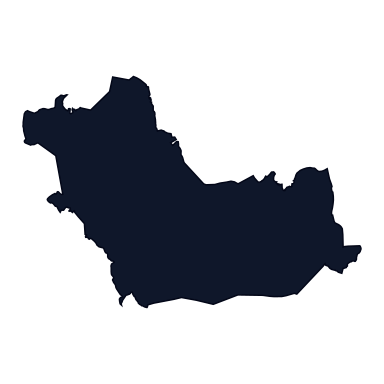 Ocampo, Michoacán, Mexico (Robinson projection)
{"feature_id": "50627088B22128423990537", "entity_name": "Ocampo", "entity_type": "district", "adm_level": 2, "iso_a3": "MEX", "parent_name": "Mexico", "parent_adm1": "Michoacán", "projection": "robinson", "projection_center": [-100.33, 19.586], "detail": "fine", "context": "isolated", "style": "filled", "palette": "ink", "viewbox_px": 384, "rotation_deg": 0, "n_neighbors": 0, "source": "geoboundaries", "source_scale": "gbopen_adm2", "svg_char_len": 5914}
<svg xmlns="http://www.w3.org/2000/svg" viewBox="0 0 384 384"><path d="M327.2,168.7L324.4,170.3L322.0,171.2L319.2,171.5L318.1,171.2L316.5,170.0L315.5,168.9L314.5,168.2L312.6,168.1L310.1,167.6L306.7,168.0L303.2,169.1L300.3,170.4L297.0,173.1L296.0,174.9L295.2,177.6L294.5,179.1L294.6,179.8L294.2,180.3L293.8,180.4L293.4,180.8L293.7,181.0L293.9,180.7L294.2,181.4L294.2,182.2L293.7,183.1L293.3,183.6L292.0,183.8L292.0,184.6L291.9,184.9L291.8,185.0L291.8,185.5L291.9,186.6L291.7,186.7L290.6,186.7L289.4,186.3L288.7,186.8L287.1,187.2L286.7,187.5L286.2,188.4L284.8,189.7L284.7,190.0L285.0,190.5L284.9,190.6L283.6,190.5L282.9,189.7L282.1,187.7L282.0,184.3L281.6,184.3L280.6,184.7L279.7,184.2L279.4,184.2L279.1,184.4L278.8,184.4L278.8,184.8L278.3,184.3L278.1,183.8L278.1,183.2L277.6,184.3L276.3,183.0L276.7,181.9L275.3,181.8L273.9,180.6L273.6,179.7L273.6,177.5L274.2,175.3L275.1,174.2L275.1,173.6L273.7,171.9L271.5,172.1L269.7,174.4L267.0,177.0L265.8,176.1L265.0,177.2L264.6,178.3L263.6,179.4L263.2,179.8L263.0,180.2L261.8,180.8L261.7,181.2L259.8,182.1L259.0,182.2L257.9,181.9L254.5,178.0L253.2,175.7L238.4,183.7L237.3,183.5L234.5,181.9L231.0,181.2L226.7,182.1L220.1,183.1L214.9,184.5L206.0,184.8L203.7,183.9L184.3,162.9L183.8,161.9L182.7,157.8L182.3,156.8L181.5,155.4L181.0,154.8L181.0,153.0L181.1,151.7L181.0,150.4L179.9,148.1L179.1,147.3L178.5,146.0L178.5,144.1L178.2,141.7L177.0,141.5L176.4,141.7L172.7,145.4L170.6,142.8L176.2,139.5L174.7,137.1L171.9,137.3L171.0,133.7L167.6,133.2L163.7,131.3L163.8,130.9L162.9,130.7L161.2,130.1L157.4,131.0L157.0,129.6L156.7,128.9L156.6,128.3L155.8,127.6L155.5,127.0L155.9,126.1L155.7,124.0L155.4,122.8L155.7,122.1L155.3,121.8L155.5,120.1L154.7,115.5L154.9,114.6L154.8,112.8L154.2,111.6L153.5,111.0L153.2,110.4L153.2,106.1L153.0,105.8L152.1,104.6L151.8,104.6L151.6,103.9L151.5,102.1L150.5,102.0L150.5,101.4L151.2,100.0L150.8,99.4L150.3,99.4L149.7,99.0L150.4,98.3L150.7,98.3L150.7,98.2L150.1,97.6L149.8,97.7L149.6,98.3L149.1,98.0L148.7,96.2L149.2,95.9L149.8,94.9L149.9,94.3L148.7,89.6L148.4,87.7L148.5,87.2L148.3,86.9L148.0,86.7L147.4,86.6L146.4,86.6L146.2,86.3L146.3,85.3L146.2,84.9L145.6,84.2L140.1,79.8L136.8,77.9L133.4,76.5L131.7,78.0L130.5,78.8L129.6,79.8L128.4,79.9L112.7,77.0L109.6,91.6L90.6,110.1L81.1,108.0L80.2,107.6L78.8,109.0L77.0,109.6L76.4,109.9L75.9,110.7L75.2,110.4L74.9,109.7L74.7,109.4L74.3,109.3L73.0,109.2L72.8,109.0L72.8,108.7L72.5,108.4L72.1,109.7L72.5,111.0L73.0,111.8L72.7,112.8L70.7,113.7L70.1,113.4L69.8,112.9L70.2,108.9L69.7,108.6L68.6,108.7L67.8,110.8L66.7,110.4L66.1,109.8L65.8,109.8L64.6,108.5L62.9,106.3L62.5,105.2L62.7,103.4L62.1,101.4L62.6,101.1L63.1,99.4L63.8,98.1L67.1,94.9L66.5,94.8L64.5,95.6L63.2,95.8L61.9,95.3L60.8,95.3L59.1,96.7L56.6,98.4L56.0,99.2L55.6,100.3L55.2,106.8L54.8,107.4L54.1,108.0L53.3,108.3L51.4,108.6L49.0,109.5L47.6,109.5L44.7,108.7L43.0,108.6L39.5,109.8L38.5,110.8L38.0,111.7L37.3,111.9L34.4,113.3L29.6,111.7L27.5,110.7L25.5,111.8L24.3,113.9L23.2,122.2L23.2,124.6L23.0,126.1L23.6,128.5L23.7,130.8L25.0,136.0L26.0,138.8L24.4,140.9L24.4,141.6L24.7,142.3L25.4,142.9L30.7,145.1L31.4,144.7L32.2,144.6L34.0,144.6L36.9,143.2L38.0,142.9L55.8,155.7L62.8,194.3L61.9,194.5L60.7,194.1L60.0,193.6L58.5,191.9L57.7,191.7L57.2,192.0L56.7,193.4L55.8,194.2L55.0,193.5L52.4,194.8L49.4,196.9L47.6,198.7L47.3,199.5L47.3,199.8L48.4,201.5L50.3,202.9L50.9,203.0L51.5,202.5L53.3,203.7L55.3,206.2L56.9,206.5L58.6,210.0L60.2,212.3L60.5,211.8L60.9,210.6L61.2,210.2L63.6,210.2L65.4,207.7L66.6,207.1L67.3,207.2L68.0,207.7L69.3,208.0L70.1,208.0L70.4,209.2L69.1,210.6L69.0,211.0L70.0,211.3L70.5,211.0L71.0,210.9L72.2,212.3L72.6,212.5L73.8,210.8L74.2,210.7L74.5,211.0L74.8,212.4L78.2,216.6L84.4,223.6L85.1,234.4L86.2,234.6L86.5,234.8L86.5,235.4L85.9,235.7L85.6,236.3L85.5,236.8L85.7,237.3L87.6,237.3L87.9,237.6L88.5,238.8L89.3,239.2L90.2,238.4L91.4,238.6L94.7,241.5L96.2,243.4L96.9,245.0L99.0,246.8L103.2,247.9L103.7,248.3L105.0,251.7L105.6,252.6L105.9,252.9L106.6,253.0L107.5,253.9L107.7,254.7L107.7,256.9L108.5,258.5L109.4,259.1L110.2,259.4L111.1,260.6L111.5,260.9L113.6,261.2L114.1,262.0L114.0,262.4L111.6,264.0L111.1,265.5L111.0,266.2L111.2,267.5L111.2,271.7L111.4,273.9L111.7,274.9L113.4,276.9L113.6,277.7L113.5,278.6L112.7,279.3L112.6,280.2L113.4,281.2L113.1,281.2L113.6,282.4L115.4,284.8L116.0,287.7L116.8,289.2L120.3,294.5L122.0,295.8L122.3,296.4L122.4,296.8L122.3,297.1L120.5,297.5L119.4,299.1L119.6,301.2L120.1,303.8L121.5,305.1L121.2,303.9L121.2,303.5L121.8,302.5L122.7,300.1L126.0,295.3L126.6,295.0L127.9,294.8L128.5,294.2L129.4,294.2L130.5,293.2L130.8,292.5L131.2,292.2L131.6,292.1L132.1,292.2L132.8,293.6L133.0,294.7L133.6,295.2L133.9,296.1L134.5,296.7L135.3,297.2L135.4,297.5L135.4,298.1L136.1,299.8L137.1,300.5L137.2,301.1L138.0,301.9L138.4,303.2L139.0,303.6L139.4,304.2L141.1,305.1L141.6,305.7L143.0,305.9L143.5,306.3L144.6,306.9L146.8,307.5L147.0,307.5L147.5,306.7L147.6,305.3L147.8,305.1L148.7,304.6L153.9,303.1L173.9,299.3L181.5,297.5L196.3,300.2L213.3,304.3L237.9,294.9L262.8,295.3L270.0,296.3L274.1,296.6L281.8,296.5L286.0,295.7L294.3,293.3L296.8,294.1L323.0,266.3L325.0,263.7L325.3,264.6L325.6,265.1L326.2,265.5L327.2,265.7L328.3,266.3L329.8,268.2L331.4,269.3L334.7,270.2L335.2,270.1L335.8,270.7L337.3,271.1L337.8,271.8L338.6,272.3L341.8,273.3L343.1,268.3L343.8,268.3L346.3,267.5L346.6,266.6L347.0,266.4L347.4,266.0L347.4,264.4L347.7,263.6L348.9,262.8L349.8,262.1L351.4,261.7L352.2,261.1L352.9,260.9L353.5,260.9L354.9,261.4L355.3,261.3L356.3,259.8L356.5,259.0L356.4,257.9L357.0,255.3L357.6,253.8L359.2,252.9L360.1,251.6L361.0,249.0L360.9,248.0L360.3,246.4L359.8,245.8L348.0,246.2L344.1,246.6L343.1,247.1L342.8,234.6L342.3,228.8L341.4,227.2L340.5,226.1L338.7,224.7L335.0,222.9L334.1,221.3L332.6,215.1L331.7,215.2L331.5,212.7L331.7,211.0L332.4,208.0L333.0,204.1L333.4,200.1L333.3,196.3L332.8,192.1L332.1,191.7L331.6,189.8L331.4,187.9L332.0,186.5L331.2,183.8L329.5,179.1L327.2,168.7Z" fill="#0f172a" stroke="#020617" stroke-width="1.5"/></svg>